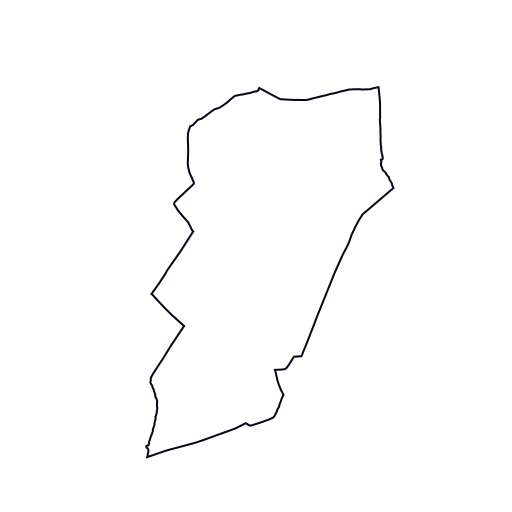 Tepetitla de Lardizábal, Puebla, Mexico, rotated 247°
{"feature_id": "50627088B59420267366292", "entity_name": "Tepetitla de Lardizábal", "entity_type": "district", "adm_level": 2, "iso_a3": "MEX", "parent_name": "Mexico", "parent_adm1": "Puebla", "projection": "albers", "projection_center": [-98.379, 19.283], "detail": "fine", "context": "isolated", "style": "outline", "palette": "ink", "viewbox_px": 512, "rotation_deg": 247, "n_neighbors": 0, "source": "geoboundaries", "source_scale": "gbopen_adm2", "svg_char_len": 3924}
<svg xmlns="http://www.w3.org/2000/svg" viewBox="0 0 512 512"><g transform="rotate(247 256 256)"><path d="M264.9,409.1L266.2,409.2L267.8,408.9L269.4,409.4L271.0,409.3L274.2,408.7L275.3,408.9L276.9,409.1L278.5,408.4L280.2,408.0L281.8,407.9L283.2,407.4L285.2,406.4L286.4,406.3L288.7,406.6L290.5,406.5L291.6,406.9L292.3,407.1L293.1,407.8L294.6,408.6L295.2,408.4L295.7,408.4L295.9,408.6L295.8,409.3L295.7,409.9L295.9,410.5L296.6,410.9L298.3,411.4L298.7,411.5L300.3,411.8L301.4,411.8L302.8,412.3L304.8,412.6L306.5,413.5L307.5,413.8L308.2,414.0L309.7,414.3L311.0,414.8L314.2,416.0L315.7,416.7L317.0,417.3L318.7,417.9L321.4,418.9L324.3,420.2L329.7,422.1L332.8,423.1L333.0,423.2L334.9,424.3L339.1,426.1L341.8,427.2L344.8,428.5L348.5,430.0L358.9,433.4L363.6,434.7L364.3,431.0L364.8,428.1L364.8,426.7L365.3,425.1L365.9,423.6L367.1,420.6L368.2,417.8L368.3,417.7L368.9,417.0L371.3,411.0L372.5,407.6L372.8,406.9L373.1,405.3L373.5,402.5L374.0,400.0L374.1,399.8L374.1,399.4L374.4,397.8L374.7,395.1L375.4,390.8L376.0,388.0L376.3,386.0L376.6,383.4L377.2,380.1L378.0,375.2L378.8,370.6L379.3,366.8L379.3,366.3L380.0,363.0L380.7,361.4L382.8,356.6L385.3,350.9L390.1,341.1L391.1,339.4L398.9,333.0L409.4,324.6L408.1,323.1L407.6,323.1L407.5,322.9L407.3,321.2L408.1,317.9L408.5,313.4L408.7,313.1L409.3,310.2L410.0,306.3L410.4,305.2L411.0,302.9L410.9,302.6L411.5,300.1L411.6,298.9L410.1,293.6L409.4,291.7L408.3,288.3L407.3,283.7L406.8,280.3L407.2,275.4L406.9,273.1L404.1,261.8L403.6,259.1L404.0,257.0L404.1,255.7L403.7,254.7L403.1,253.5L401.8,250.4L401.2,249.2L401.0,246.6L401.1,246.0L397.3,242.7L395.0,241.1L390.2,238.9L385.3,237.1L379.1,234.6L372.8,231.7L369.1,229.9L366.4,228.9L364.4,228.3L360.4,227.6L359.0,227.4L357.6,227.3L353.4,227.5L350.8,227.5L348.9,227.5L347.9,227.5L347.2,227.2L346.5,226.4L339.6,207.5L338.1,203.9L337.4,202.3L336.8,201.5L336.1,201.1L335.4,200.9L334.5,200.9L331.9,201.5L329.9,201.7L327.3,202.3L325.0,203.0L321.3,204.1L317.1,205.5L313.7,206.6L312.4,206.8L304.3,207.3L303.2,207.9L290.3,189.1L277.4,168.5L276.1,166.9L274.6,165.0L273.4,163.1L268.7,156.1L262.3,145.6L261.8,144.9L261.0,145.5L260.2,145.8L255.5,147.4L243.0,152.0L233.8,155.8L220.0,162.3L219.7,162.5L206.6,142.5L197.8,130.2L194.0,124.4L190.2,118.7L187.7,115.1L186.1,113.0L184.9,111.6L184.6,111.4L182.1,110.3L180.9,109.3L178.4,109.5L177.9,109.6L176.8,109.8L175.4,109.4L174.1,109.6L172.0,109.5L170.8,109.2L167.8,109.2L166.8,108.6L165.9,108.4L165.0,108.4L163.7,108.7L160.6,108.2L159.0,107.3L157.9,106.7L156.9,106.4L156.3,106.2L154.9,105.8L153.9,105.3L152.9,104.8L152.0,104.1L150.8,103.5L148.9,102.2L147.8,101.3L147.1,100.4L145.9,100.3L144.3,99.3L143.6,98.5L142.5,97.7L141.3,97.0L140.2,96.5L139.1,95.5L138.4,94.9L137.3,93.8L136.5,93.2L135.2,92.7L133.1,90.9L131.6,89.3L129.4,87.3L128.5,86.7L127.9,86.2L127.1,85.3L126.4,84.6L125.3,84.4L124.1,83.4L123.7,82.6L123.9,81.9L124.0,81.2L123.8,80.7L123.0,80.4L121.8,80.7L120.6,81.2L119.0,81.0L118.4,80.7L117.7,80.4L116.5,79.3L115.5,78.8L114.4,78.1L113.4,77.3L111.9,98.0L107.8,127.1L107.2,134.7L105.3,169.8L105.7,175.8L105.8,176.6L106.1,181.2L102.4,183.9L101.8,185.4L101.2,192.3L100.7,198.3L100.6,201.4L100.6,201.7L100.4,204.4L100.5,206.6L100.5,208.3L101.3,210.3L104.2,213.8L106.6,216.0L108.2,218.4L110.1,219.6L112.2,221.7L112.3,221.8L115.3,224.5L116.5,226.0L117.4,227.1L123.6,226.6L127.9,226.7L132.2,227.0L137.1,227.9L143.6,229.0L143.8,229.0L141.9,233.9L140.8,237.4L140.7,239.0L141.1,240.5L143.1,243.9L148.3,251.3L148.5,251.5L146.1,258.3L146.0,258.7L153.3,266.0L158.2,270.9L162.1,274.7L170.7,283.1L173.7,285.9L178.3,290.4L181.4,293.5L187.9,300.0L188.6,300.7L194.5,306.6L199.0,311.1L201.1,313.2L208.4,320.4L210.3,322.4L214.7,327.1L217.9,330.5L218.1,330.7L223.5,336.6L224.8,338.1L226.7,340.6L229.5,343.9L232.1,346.8L234.0,348.5L235.6,350.0L236.3,350.6L238.0,352.1L241.4,355.9L243.1,357.8L247.0,362.5L248.4,364.2L250.9,367.8L252.8,370.5L254.8,377.3L255.0,377.8L264.9,409.1Z" fill="none" stroke="#020617" stroke-width="2"/></g></svg>